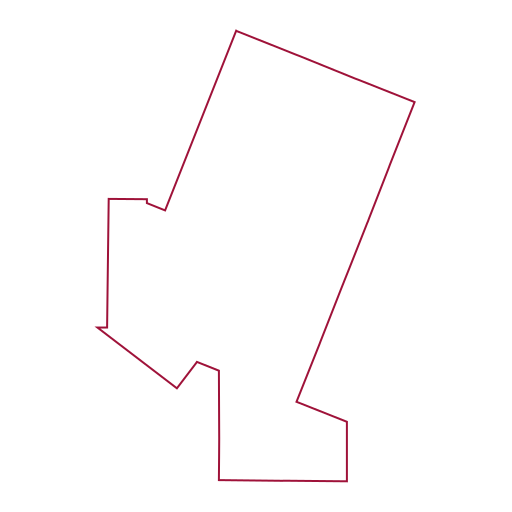 Independencia, Chaco, Argentina
{"feature_id": "61730980B54017945662210", "entity_name": "Independencia", "entity_type": "district", "adm_level": 2, "iso_a3": "ARG", "parent_name": "Argentina", "parent_adm1": "Chaco", "projection": "mercator", "projection_center": [-60.743, -26.743], "detail": "fine", "context": "isolated", "style": "outline", "palette": "rose", "viewbox_px": 512, "rotation_deg": 0, "n_neighbors": 0, "source": "geoboundaries", "source_scale": "gbopen_adm2", "svg_char_len": 647}
<svg xmlns="http://www.w3.org/2000/svg" viewBox="0 0 512 512"><path d="M346.9,421.8L296.5,401.8L298.5,396.8L319.5,344.1L320.4,341.7L341.5,287.9L343.9,281.9L344.0,281.6L349.8,267.1L361.7,237.0L365.5,227.4L367.3,222.8L367.9,221.5L369.0,218.5L388.3,169.0L389.9,164.7L414.6,102.1L358.2,79.7L355.2,78.6L299.2,55.9L295.8,54.6L236.8,31.1L236.2,30.7L166.0,208.1L165.1,210.4L146.9,203.1L146.9,199.2L108.7,198.9L107.6,286.4L107.1,327.5L104.0,327.5L97.4,327.5L98.7,328.5L176.9,388.3L196.1,363.1L196.9,361.9L218.9,370.7L219.2,438.8L219.1,455.2L218.9,480.1L282.8,480.8L283.3,480.7L346.9,481.3L346.9,421.8Z" fill="none" stroke="#9f1239" stroke-width="2"/></svg>